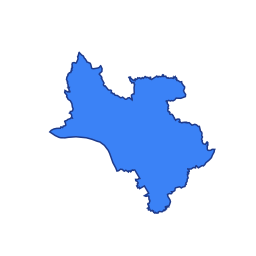 Mueang Mukdahan, Mukdahan, Thailand, rotated 150°
{"feature_id": "78962969B66704164084877", "entity_name": "Mueang Mukdahan", "entity_type": "district", "adm_level": 2, "iso_a3": "THA", "parent_name": "Thailand", "parent_adm1": "Mukdahan", "projection": "mercator", "projection_center": [104.628, 16.533], "detail": "fine", "context": "isolated", "style": "filled", "palette": "blue", "viewbox_px": 256, "rotation_deg": 150, "n_neighbors": 0, "source": "geoboundaries", "source_scale": "gbopen_adm2", "svg_char_len": 5776}
<svg xmlns="http://www.w3.org/2000/svg" viewBox="0 0 256 256"><g transform="rotate(150 128 128)"><path d="M197.7,163.7L194.8,157.8L192.5,154.5L191.3,153.3L187.5,151.0L184.4,149.8L177.4,146.4L169.0,140.4L164.8,136.2L161.3,131.9L159.3,129.9L157.1,124.8L156.3,118.5L156.6,115.1L158.4,105.5L158.6,99.4L159.1,96.2L157.4,95.7L155.2,96.1L153.5,94.8L153.3,93.3L152.7,92.4L151.0,92.5L149.6,89.7L148.8,90.4L147.9,89.8L147.6,88.7L147.0,88.8L146.3,89.6L145.5,89.2L145.1,89.4L144.5,88.6L143.8,88.7L143.1,88.2L143.0,78.4L144.0,78.8L145.0,78.6L145.9,78.9L147.1,79.7L147.6,78.5L146.9,77.5L146.6,75.8L146.9,75.1L147.8,75.0L148.3,73.4L149.4,73.5L149.4,71.1L148.0,71.2L148.2,69.7L142.8,69.6L142.7,61.2L147.6,61.1L146.6,59.8L144.7,59.2L144.1,58.5L145.5,55.7L145.6,55.2L145.2,54.7L145.6,53.8L147.5,52.2L148.5,52.6L148.9,52.1L149.1,51.6L148.9,51.3L148.9,49.9L149.4,49.6L149.5,48.7L149.8,49.1L150.3,48.9L150.3,48.5L150.9,48.6L150.6,48.2L150.9,48.2L150.8,47.1L151.2,46.9L151.1,46.7L150.6,46.9L150.3,46.3L149.7,45.9L149.8,45.1L149.4,44.9L149.5,44.6L148.1,44.5L147.8,43.9L148.0,43.4L147.5,43.2L147.9,42.1L147.4,41.1L147.2,41.3L146.7,41.2L146.9,40.9L146.2,40.7L146.1,40.2L144.6,39.4L144.1,39.4L143.8,40.0L142.5,40.0L140.4,38.4L139.1,38.5L138.3,39.0L137.8,38.9L137.5,38.2L136.9,38.6L136.4,38.4L135.8,39.2L135.5,39.0L135.5,39.3L135.0,39.3L135.3,40.4L135.0,41.1L134.2,41.0L133.8,40.2L133.6,40.5L133.2,40.2L133.0,40.4L132.8,39.9L133.1,39.8L132.7,39.7L133.0,39.5L132.5,39.7L132.1,39.4L131.8,40.1L130.8,40.5L128.1,42.9L127.6,44.8L127.7,48.8L127.0,50.7L124.9,50.6L123.8,49.6L123.1,49.4L122.0,50.0L122.1,51.0L120.9,50.3L118.7,50.4L117.3,52.2L116.7,52.4L112.7,51.3L111.8,49.4L110.2,49.5L107.9,48.9L107.0,49.9L105.7,50.2L105.6,51.3L103.7,52.1L102.2,54.2L100.9,54.7L100.4,56.8L99.8,57.4L99.7,58.2L98.5,58.0L98.2,58.3L98.6,59.6L98.5,60.0L97.1,59.5L96.7,59.7L96.1,61.4L96.8,62.1L96.6,62.6L95.7,61.8L94.9,61.6L93.9,60.9L91.5,61.1L90.6,60.8L89.5,59.7L88.4,61.1L87.7,61.1L87.0,58.3L82.9,58.4L81.7,57.8L81.6,57.5L79.9,57.9L77.9,59.0L73.5,59.7L70.6,60.6L68.6,62.2L65.4,64.2L64.3,65.6L63.6,66.1L65.3,67.2L66.2,67.5L67.4,67.3L69.2,68.1L69.9,68.8L70.0,70.0L68.7,72.1L68.7,72.6L68.1,73.1L67.7,73.0L66.8,74.2L67.0,74.8L66.2,75.4L66.4,76.3L66.8,76.4L69.1,75.1L70.7,76.7L70.8,77.5L70.5,79.5L70.0,79.8L69.9,81.6L68.0,83.0L68.0,84.5L66.6,86.4L66.3,87.7L66.7,88.5L66.7,89.3L65.4,93.7L66.3,94.1L67.1,96.4L68.3,97.8L71.2,98.5L72.4,102.1L73.9,102.7L74.1,103.3L74.8,103.4L74.8,103.9L75.4,103.9L75.7,104.6L76.8,104.7L77.4,105.4L78.7,105.5L79.6,106.5L79.7,107.2L80.1,107.0L80.5,107.2L80.7,107.9L79.8,108.2L79.1,109.0L79.3,110.2L81.0,111.1L82.9,111.0L82.7,111.7L83.2,112.8L82.8,113.5L82.9,115.2L82.7,116.3L83.0,116.7L82.9,117.4L83.2,118.0L84.4,118.5L84.8,119.1L84.4,119.9L84.5,120.3L84.0,120.4L84.0,121.0L84.2,121.7L84.8,122.0L84.9,122.9L84.1,124.4L83.1,124.8L83.3,125.3L82.9,126.2L82.0,126.7L81.6,127.3L81.5,128.5L81.8,129.3L81.2,130.6L81.6,131.8L81.2,132.3L80.4,131.6L79.0,131.6L77.8,130.2L76.7,130.1L75.4,129.0L73.4,129.0L71.4,129.8L67.4,127.3L62.6,126.5L61.3,128.3L61.5,130.5L61.3,132.5L58.9,134.4L58.3,135.7L58.7,136.3L59.0,139.8L58.4,141.3L59.8,141.8L61.1,144.3L61.9,144.8L61.6,145.5L61.8,146.0L61.3,146.0L61.0,147.2L61.5,147.8L61.4,148.7L61.9,148.4L61.9,148.9L62.5,148.9L62.7,148.5L63.6,148.3L63.5,149.1L63.9,148.7L64.6,148.8L65.7,149.9L66.4,150.0L68.0,150.8L68.1,151.5L69.1,151.6L69.5,153.0L69.4,154.0L71.5,154.9L70.8,156.1L71.1,156.7L71.8,156.6L72.6,155.6L74.3,156.2L75.4,157.3L76.6,157.1L77.0,158.5L77.3,158.7L78.4,158.3L80.1,158.5L81.2,158.2L82.0,158.4L83.2,158.1L83.8,158.8L83.1,160.7L83.6,160.9L84.6,160.0L85.5,162.0L87.1,162.5L87.0,163.6L87.4,164.0L90.0,163.3L90.5,164.5L92.0,164.1L92.5,164.5L92.7,165.6L93.7,165.7L94.4,166.6L95.2,166.0L96.4,165.9L97.1,166.9L98.1,165.6L98.6,166.6L99.7,166.7L100.7,170.0L101.6,170.3L101.4,170.7L100.7,170.6L100.5,170.9L101.6,171.5L102.0,171.4L101.8,170.3L102.4,168.0L102.3,166.8L101.9,166.0L102.2,165.1L100.1,164.5L100.7,163.2L100.5,162.5L102.6,159.9L104.9,155.5L105.9,154.5L106.5,154.9L108.5,154.8L109.1,153.9L110.0,150.7L110.4,150.2L111.6,153.6L113.2,154.1L114.8,153.7L115.9,154.2L117.2,157.4L117.6,157.3L119.4,158.0L120.9,161.4L122.8,162.8L122.9,164.9L123.8,165.0L124.2,166.4L124.9,166.9L123.7,168.6L123.8,169.1L124.1,169.5L125.4,170.2L126.0,170.9L126.6,175.3L127.0,175.5L126.8,175.9L127.6,176.4L127.8,177.4L127.4,178.2L126.3,178.9L126.2,184.4L125.6,184.4L125.3,185.7L126.0,189.0L125.4,189.4L122.4,190.0L120.8,192.3L120.5,195.4L120.6,195.6L122.7,194.8L124.4,195.1L128.3,196.6L129.4,197.5L129.5,198.1L128.5,201.6L128.4,203.0L130.6,205.9L130.4,206.6L130.5,209.2L130.9,210.2L130.7,212.7L131.7,214.4L132.5,217.8L133.2,217.5L133.5,216.8L134.6,216.0L134.9,215.3L135.8,215.2L136.7,212.8L139.4,210.8L140.7,210.2L142.0,211.7L143.6,212.1L144.9,210.8L145.3,209.4L145.8,209.1L145.9,208.2L146.3,208.2L146.5,207.7L147.0,207.8L147.1,207.4L147.3,207.5L148.1,206.5L147.9,206.2L148.2,206.2L148.8,205.4L149.1,205.6L149.9,204.7L151.1,205.2L152.5,204.5L153.1,204.6L153.8,203.5L155.5,202.6L157.1,200.6L157.0,199.4L157.5,198.5L157.2,198.0L158.1,197.2L158.2,195.4L158.6,195.0L158.9,193.6L159.4,193.5L159.1,193.2L159.6,192.9L159.7,192.5L159.4,192.4L159.7,192.3L159.4,191.8L160.1,190.6L159.9,189.8L160.2,188.4L160.8,188.5L161.3,189.3L162.1,189.2L162.8,190.6L163.5,190.7L163.5,191.7L163.8,192.0L164.2,190.9L164.8,190.9L165.1,190.3L164.5,186.9L165.6,185.7L165.3,184.6L165.6,183.5L165.3,182.3L164.3,180.4L164.4,177.2L165.7,173.9L165.9,172.0L167.4,170.7L168.6,170.6L169.7,171.1L170.1,170.4L171.2,170.2L170.2,168.4L170.4,167.2L171.1,166.2L171.3,164.5L172.3,165.3L173.4,165.0L175.8,165.5L177.4,165.2L179.2,165.6L179.6,165.3L179.6,164.0L180.4,161.6L181.5,161.4L183.1,162.0L184.4,161.1L185.5,162.5L186.7,161.6L189.9,163.3L192.6,164.2L195.5,164.4L197.7,163.7Z" fill="#3b82f6" stroke="#1e3a8a" stroke-width="1.5"/></g></svg>